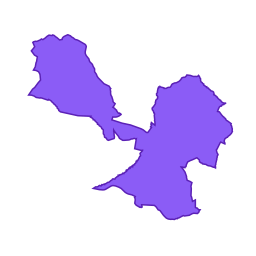 Chapulco, Puebla, Mexico, rotated 276°
{"feature_id": "50627088B58837856031085", "entity_name": "Chapulco", "entity_type": "district", "adm_level": 2, "iso_a3": "MEX", "parent_name": "Mexico", "parent_adm1": "Puebla", "projection": "robinson", "projection_center": [-97.406, 18.647], "detail": "fine", "context": "isolated", "style": "filled", "palette": "violet", "viewbox_px": 256, "rotation_deg": 276, "n_neighbors": 0, "source": "geoboundaries", "source_scale": "gbopen_adm2", "svg_char_len": 5920}
<svg xmlns="http://www.w3.org/2000/svg" viewBox="0 0 256 256"><g transform="rotate(276 128 128)"><path d="M203.2,24.4L199.0,26.7L194.6,23.8L190.7,27.4L189.4,30.4L184.5,30.1L183.2,29.7L179.1,29.4L175.7,27.9L175.6,30.6L174.6,33.2L172.4,34.7L171.1,35.1L166.5,36.0L163.7,34.0L158.6,31.0L156.6,29.0L150.4,25.7L150.6,28.5L150.0,31.2L148.8,33.5L148.6,37.5L149.0,38.0L147.3,45.6L148.1,46.1L147.7,47.1L146.8,48.9L145.8,49.8L144.6,51.6L143.8,52.1L143.6,52.9L142.1,54.3L141.7,55.2L140.4,55.5L139.3,57.0L138.2,57.3L137.0,59.1L135.0,76.9L135.8,89.9L134.9,89.5L134.0,91.6L133.1,92.5L132.6,92.5L132.4,94.0L131.7,94.3L131.7,94.6L130.2,96.2L129.7,97.2L128.9,97.1L128.5,97.3L128.3,98.5L127.2,99.2L126.6,100.6L125.8,101.5L124.6,102.0L124.5,102.5L123.6,103.6L119.6,104.1L118.7,105.0L116.4,105.7L115.6,107.5L114.4,108.3L114.0,108.8L113.7,109.8L113.9,110.3L116.1,115.3L117.8,115.5L119.2,115.0L122.7,114.4L123.1,114.1L124.4,114.0L123.3,114.8L118.7,119.4L116.8,120.6L115.2,124.0L115.3,125.3L116.2,130.2L116.8,131.5L117.4,132.4L117.6,133.7L118.3,135.1L118.2,136.3L117.7,136.8L118.1,137.4L108.1,136.8L107.1,143.5L107.4,144.8L107.0,144.8L104.0,142.6L101.7,143.4L100.8,142.6L97.1,141.3L96.7,140.4L95.6,140.4L95.7,139.6L94.0,139.4L93.6,139.1L93.3,138.6L92.6,138.2L92.1,138.3L92.0,137.6L91.5,136.9L90.1,136.7L90.8,136.1L89.6,135.1L89.0,134.9L88.9,134.8L89.4,134.3L89.3,134.1L88.7,134.0L88.2,134.3L87.9,134.1L87.8,133.7L88.3,133.7L88.4,133.3L87.2,132.7L86.5,132.1L86.1,131.5L86.1,130.8L85.7,130.6L85.3,131.3L84.9,131.2L83.0,128.9L82.2,128.6L82.6,127.6L81.2,126.6L80.7,124.8L80.1,124.6L80.2,123.9L80.0,123.1L79.4,123.3L79.0,123.2L78.4,122.1L77.7,121.6L76.9,120.6L75.9,120.4L75.7,119.4L75.9,118.5L75.6,117.9L74.6,117.4L73.9,116.4L72.2,114.9L71.7,113.3L70.5,112.1L70.0,110.8L69.3,110.7L69.5,109.6L68.7,108.4L68.9,107.9L67.7,107.4L67.6,106.9L68.0,106.1L67.7,105.3L66.6,104.3L66.2,103.3L66.1,102.0L64.3,99.8L63.7,106.0L63.8,109.3L64.0,110.6L64.6,112.0L68.1,116.7L68.7,117.6L69.2,119.0L69.1,121.5L68.2,125.0L67.1,127.6L63.8,131.8L63.0,133.4L62.4,135.2L61.9,139.0L60.6,142.4L59.5,141.8L59.2,142.2L57.3,142.7L53.9,142.6L52.6,143.6L51.9,144.6L50.4,148.0L50.6,148.3L50.3,149.4L50.9,150.3L53.1,149.6L53.8,162.3L52.4,164.3L49.8,166.5L49.2,168.5L44.9,172.4L43.7,173.8L42.4,175.5L41.7,177.5L41.6,180.3L41.9,181.1L41.9,183.8L43.0,185.3L42.9,186.2L43.0,186.7L43.7,187.0L43.9,188.0L46.7,192.1L46.4,193.3L47.6,198.1L49.4,200.6L50.1,202.3L50.2,206.0L51.6,207.2L52.4,207.3L54.2,208.2L54.1,206.9L55.7,205.0L55.6,204.2L56.2,203.3L63.5,202.5L61.8,199.8L65.9,198.5L67.3,197.7L74.2,197.3L76.7,196.7L80.4,197.3L81.4,195.1L82.2,192.3L85.4,191.2L85.9,191.3L90.1,189.3L93.8,186.2L94.5,185.1L94.8,184.9L94.8,186.4L94.5,188.8L95.2,188.9L95.7,189.7L97.7,189.9L100.5,190.9L102.2,193.5L103.1,195.3L105.6,199.6L103.7,202.3L102.3,202.5L101.9,202.7L101.5,203.2L101.5,203.6L101.0,204.0L100.8,205.3L100.1,205.8L99.9,209.5L99.2,210.6L98.9,211.7L98.8,214.1L97.9,217.0L98.1,217.7L97.7,218.3L97.8,218.7L97.5,219.2L98.3,219.2L99.7,218.7L100.8,219.1L102.0,219.0L106.2,219.6L106.5,219.4L107.8,219.7L109.5,219.7L110.7,220.3L111.1,220.3L112.7,219.1L114.9,218.3L115.7,218.2L116.2,218.7L122.7,221.1L123.7,221.7L122.3,226.0L123.0,226.0L124.0,225.5L124.5,225.1L125.3,225.0L127.6,225.6L129.2,227.6L129.2,227.9L130.3,228.5L131.5,229.9L133.5,231.4L135.5,232.2L136.0,231.9L138.1,231.8L140.0,231.0L140.6,231.0L142.0,229.9L143.1,230.2L145.5,226.1L145.8,225.2L147.0,224.1L147.4,224.1L148.2,223.0L148.3,222.6L149.1,222.0L149.2,221.5L150.8,219.7L153.6,217.2L153.8,215.3L156.3,215.9L158.5,216.7L159.5,217.8L159.4,218.3L159.8,218.8L160.7,219.1L161.1,219.8L161.3,220.8L161.8,221.0L162.4,222.0L162.6,222.1L163.0,223.0L162.8,220.7L163.2,219.3L164.1,218.0L165.3,217.1L165.3,216.7L166.7,214.5L168.2,213.4L168.3,212.7L169.4,211.8L169.9,210.1L170.1,209.8L170.7,210.1L172.7,209.3L173.3,208.4L173.7,206.4L174.2,206.1L175.3,204.4L176.1,203.8L176.2,202.5L176.4,202.3L177.3,202.0L177.1,201.4L178.1,199.9L178.4,199.0L179.7,198.7L179.9,197.8L180.9,197.0L181.6,195.7L183.3,195.1L184.4,195.1L185.2,194.4L186.9,193.5L187.7,192.6L186.7,192.0L186.3,190.4L186.4,189.8L186.1,188.0L186.2,187.0L186.8,184.6L186.9,181.0L186.1,180.7L184.7,179.6L184.3,178.8L184.2,177.7L183.4,176.2L181.7,175.5L179.8,174.0L178.0,171.3L177.6,169.4L176.7,168.1L176.6,167.6L175.5,166.8L175.1,166.8L173.2,165.9L172.8,165.2L172.7,164.1L172.2,162.9L171.4,161.9L171.1,159.8L171.7,159.6L172.2,156.0L172.7,155.4L172.0,155.1L172.0,154.2L171.1,153.9L170.7,154.1L170.4,153.7L169.5,153.6L167.4,153.4L166.5,153.6L164.8,152.7L163.6,153.3L163.3,153.2L163.1,153.8L162.0,154.4L161.5,154.2L160.9,154.4L159.5,153.7L159.3,153.2L158.4,152.8L156.1,152.5L155.7,152.8L154.5,152.5L151.2,150.7L151.1,150.4L150.7,150.3L150.3,149.9L148.6,150.3L147.9,151.2L146.7,151.7L146.5,151.9L145.9,152.0L145.8,152.4L145.5,152.4L144.7,153.0L143.3,152.8L139.1,153.7L138.0,153.6L137.4,154.0L134.6,154.5L133.6,154.5L135.9,150.7L134.1,150.4L133.5,151.2L131.5,150.3L131.0,151.3L125.6,148.2L125.5,146.8L127.7,143.4L128.6,141.1L131.3,130.1L132.2,121.6L134.4,111.1L137.3,111.7L137.6,114.8L138.1,116.2L138.9,117.7L140.7,119.7L141.4,119.2L141.9,117.9L141.6,117.8L141.7,116.9L143.7,115.0L144.5,114.8L145.2,113.6L146.1,112.7L147.1,110.8L147.7,111.3L150.8,112.7L151.5,111.8L151.7,111.2L152.8,110.3L154.0,110.1L157.7,108.5L158.6,107.7L159.3,107.5L159.4,107.3L162.0,106.9L162.2,107.0L164.6,106.3L164.9,106.3L165.4,106.7L165.7,106.3L167.6,104.9L169.5,99.5L174.9,93.0L176.4,91.8L178.2,90.9L180.5,88.9L183.3,88.6L185.6,86.9L187.6,85.9L190.1,82.9L192.7,81.8L195.7,78.8L197.7,77.7L199.6,77.5L204.6,78.0L205.8,77.5L206.7,76.6L209.8,69.7L210.3,68.1L210.5,66.4L210.9,65.5L211.8,64.4L212.7,62.3L213.7,61.1L213.9,60.1L214.3,59.2L214.4,58.2L212.4,54.9L211.3,53.8L210.1,53.2L209.2,53.3L208.4,50.8L210.6,47.7L211.1,46.6L212.3,44.9L212.7,43.4L212.0,42.8L212.1,39.7L210.7,37.9L208.9,36.3L207.0,34.1L207.5,32.6L206.5,31.6L204.6,28.3L204.6,26.9L203.9,25.1L203.2,24.4Z" fill="#8b5cf6" stroke="#5b21b6" stroke-width="1.5"/></g></svg>